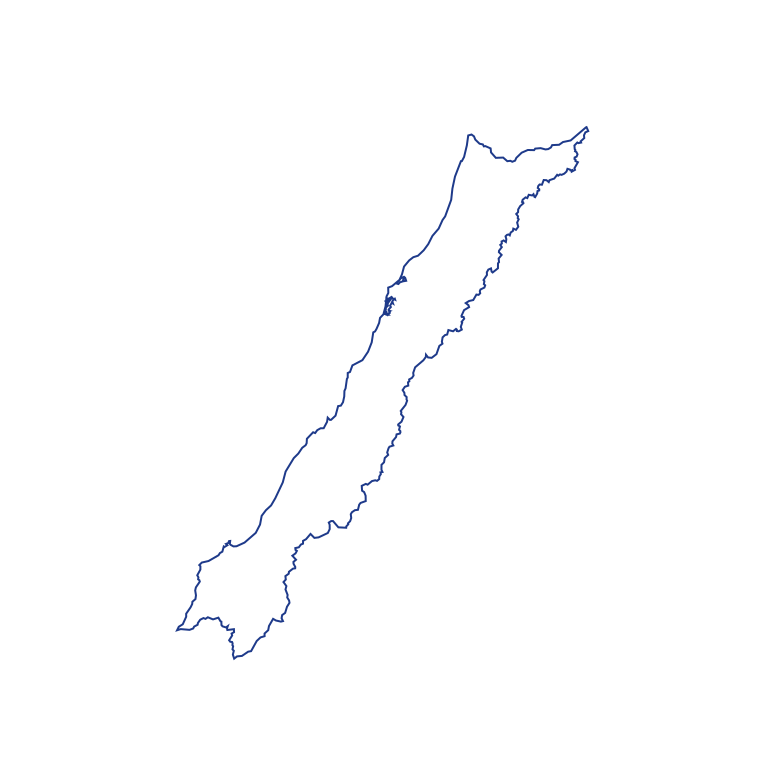 outline of Westland District, West Coast, New Zealand, rotated 338°
{"feature_id": "76426892B53697269366586", "entity_name": "Westland District", "entity_type": "district", "adm_level": 2, "iso_a3": "NZL", "parent_name": "New Zealand", "parent_adm1": "West Coast", "projection": "orthographic", "projection_center": [170.002, -43.529], "detail": "fine", "context": "isolated", "style": "outline", "palette": "blue", "viewbox_px": 768, "rotation_deg": 338, "n_neighbors": 0, "source": "geoboundaries", "source_scale": "gbopen_adm2", "svg_char_len": 6168}
<svg xmlns="http://www.w3.org/2000/svg" viewBox="0 0 768 768"><g transform="rotate(338 384 384)"><path d="M555.2,185.1L550.2,193.8L543.3,203.5L539.7,206.5L538.8,206.2L527.5,218.3L520.6,228.5L515.3,238.4L503.5,251.5L499.7,253.9L492.9,260.4L484.4,264.8L477.4,270.9L470.9,274.9L463.6,277.8L458.7,277.4L453.7,278.8L446.6,282.6L441.7,289.1L437.3,293.3L428.1,296.3L424.0,296.2L422.1,301.2L419.2,303.7L414.5,312.6L409.9,318.7L413.9,315.2L414.0,314.0L416.9,312.9L416.3,311.3L417.0,311.1L416.7,309.5L417.8,310.6L418.5,308.9L417.6,307.8L419.7,307.8L418.7,307.1L418.6,305.8L419.5,306.2L418.9,306.9L423.6,306.1L424.6,309.0L426.0,308.9L425.9,310.0L425.1,309.1L424.1,309.5L422.6,310.6L422.5,312.8L421.6,311.6L419.0,313.7L419.2,315.2L416.2,316.7L416.1,317.8L416.8,318.4L416.1,318.4L416.5,319.3L415.8,320.4L413.6,319.9L414.1,321.3L413.3,320.9L413.6,321.6L413.6,322.2L413.6,322.3L413.1,321.3L412.6,321.9L413.0,320.5L412.1,320.1L412.1,321.0L411.8,319.8L410.0,319.0L405.1,321.2L402.3,325.6L397.7,330.1L395.4,331.9L393.4,332.1L388.2,340.8L381.3,348.1L372.9,353.8L361.7,354.9L357.0,360.1L354.5,360.2L352.8,364.4L351.5,365.4L346.7,373.7L344.7,375.6L342.5,380.6L339.2,385.5L335.9,387.9L333.2,387.3L327.2,395.2L321.5,397.4L320.4,397.0L319.2,394.1L317.0,397.8L311.5,402.4L308.6,401.3L304.8,401.8L301.8,403.7L300.2,402.2L292.0,405.9L290.1,409.9L288.4,411.4L284.3,412.5L278.5,416.4L272.6,418.9L260.0,428.3L253.3,437.3L240.4,449.2L233.8,454.3L227.2,456.8L221.2,460.4L216.4,467.9L209.3,474.0L195.3,478.8L186.5,479.2L183.6,478.2L181.4,475.5L181.2,474.4L182.6,471.9L181.5,471.6L180.0,473.1L177.6,473.1L178.4,474.8L174.9,475.4L174.5,474.7L171.3,478.9L168.5,479.3L166.4,480.8L155.0,482.4L148.2,481.3L144.9,482.7L145.5,484.2L144.2,487.3L139.2,491.4L139.5,493.7L138.5,495.5L139.3,496.7L139.2,498.2L133.4,502.1L131.6,504.7L130.5,509.5L128.6,512.8L124.8,514.1L123.7,516.2L121.0,518.6L114.5,522.9L113.4,525.7L107.4,531.4L102.8,532.2L99.9,534.8L103.7,535.1L111.6,539.1L115.5,539.2L117.1,537.8L121.0,537.4L121.9,535.9L125.3,533.7L128.9,533.4L130.5,534.9L133.3,534.3L137.3,538.2L142.9,538.6L143.5,542.7L144.2,543.4L143.0,546.6L143.5,548.2L146.3,550.5L148.4,550.0L146.9,551.7L146.6,553.4L153.0,555.1L152.0,557.9L149.2,558.3L149.0,560.3L144.4,563.6L144.9,565.4L146.5,566.3L146.5,567.7L145.6,569.4L145.9,570.6L144.1,573.3L144.8,575.1L142.5,578.3L142.2,582.5L145.7,581.5L150.4,582.9L157.8,581.3L160.7,581.9L169.7,574.6L174.6,572.7L178.8,573.1L179.8,570.6L184.4,568.9L186.7,565.3L193.2,560.2L195.2,562.8L199.4,565.7L201.5,566.0L201.3,562.8L203.0,560.1L206.6,559.2L210.6,554.2L214.4,551.5L214.9,549.2L214.3,545.7L215.6,543.5L215.7,537.6L217.8,534.8L216.6,530.0L219.7,528.5L220.6,525.2L224.6,524.2L225.5,522.5L230.4,521.1L232.6,521.6L233.2,520.4L232.8,516.8L233.4,515.0L236.6,514.0L234.7,508.9L238.5,507.9L240.7,506.1L239.8,504.7L240.3,502.9L243.9,503.5L246.8,501.7L249.1,501.7L250.2,499.1L253.6,498.7L259.7,495.5L261.8,500.6L265.9,501.7L276.1,501.1L279.3,498.2L280.9,494.1L280.9,491.8L283.6,491.3L285.4,492.0L288.0,499.8L295.1,503.1L295.7,501.9L298.3,500.7L298.4,499.7L301.2,498.5L303.4,496.0L304.4,492.3L306.2,490.9L309.7,490.1L312.7,490.9L315.8,486.6L317.7,485.5L323.2,485.7L325.1,480.7L325.1,476.8L323.7,474.7L325.2,470.1L329.7,469.8L331.1,471.2L336.5,469.5L339.8,470.0L341.3,471.2L343.9,470.4L345.0,468.0L347.3,466.4L347.6,464.6L349.6,465.0L349.5,462.6L351.4,458.0L354.7,456.6L357.0,452.9L361.3,451.3L361.3,448.7L364.2,445.2L365.6,444.2L369.6,444.5L369.4,442.3L370.4,440.3L375.3,437.7L376.8,435.4L380.1,435.9L381.1,435.0L381.5,433.7L380.8,432.1L382.9,429.3L381.7,427.8L382.0,426.8L386.1,425.5L389.7,421.9L388.5,418.4L389.6,416.6L389.4,415.3L396.1,411.5L399.2,408.1L399.1,406.8L400.1,404.6L398.9,401.9L399.6,399.8L399.0,396.6L402.3,394.4L405.9,394.6L406.9,391.4L408.5,391.0L409.0,389.2L412.2,388.8L414.6,387.2L415.2,384.7L419.1,380.2L429.5,376.7L432.9,374.6L433.9,372.6L434.8,375.9L438.0,377.6L443.8,376.0L449.6,369.4L453.3,368.5L453.5,366.5L455.8,362.7L458.9,361.5L461.1,361.8L463.9,358.1L467.8,361.0L471.4,359.9L471.9,360.8L471.4,362.2L473.0,363.1L476.5,362.7L476.6,359.8L479.5,356.4L479.2,355.5L482.8,353.5L482.9,351.6L481.2,350.9L481.3,349.9L485.9,345.5L491.7,344.6L491.8,342.5L490.1,339.6L494.0,338.9L498.2,339.6L503.2,335.7L505.1,336.8L507.2,335.9L507.6,333.8L508.9,332.5L513.2,332.2L514.8,330.4L514.0,328.8L515.6,326.3L515.2,324.9L520.3,321.5L521.2,318.9L523.6,317.0L526.5,316.9L525.9,320.1L526.5,321.3L533.0,319.4L534.9,314.8L536.3,314.1L537.3,310.6L541.4,308.4L539.9,304.8L540.6,303.5L544.5,301.2L543.9,298.6L545.9,297.9L546.4,295.9L548.7,295.7L550.2,298.0L551.7,295.5L552.0,292.6L553.9,291.8L555.5,292.0L556.3,293.3L558.2,291.0L560.8,290.4L562.1,288.4L564.1,290.5L567.4,288.5L567.9,284.2L570.6,281.7L570.1,280.3L571.1,278.7L570.3,275.9L572.7,274.9L573.8,272.4L577.0,270.0L581.0,268.6L581.1,267.6L580.2,266.9L581.6,265.1L585.2,264.0L586.5,265.3L589.1,262.8L592.0,264.7L593.7,264.0L593.6,266.8L594.1,267.4L597.4,264.8L598.6,262.6L600.4,262.7L600.9,261.6L600.0,259.8L601.2,258.2L603.0,257.3L605.1,258.4L608.5,254.7L611.0,255.9L612.4,258.5L613.8,257.0L618.8,257.3L622.9,254.9L623.6,256.1L625.7,255.6L627.0,256.6L629.9,256.5L632.8,255.4L634.7,253.2L636.8,254.9L636.9,255.9L638.4,256.1L637.8,257.4L641.3,257.0L641.4,255.3L646.9,251.0L645.0,249.0L645.6,247.8L644.9,246.7L645.6,245.4L647.8,245.3L649.5,243.5L649.3,241.0L648.3,239.7L649.1,238.8L648.8,237.7L649.9,234.2L653.7,232.5L654.5,233.5L657.2,234.0L657.2,232.7L661.8,231.0L662.6,228.3L665.0,226.1L668.1,226.0L668.0,221.7L667.4,221.7L648.3,228.1L640.6,226.7L636.0,227.8L629.4,225.5L627.4,227.2L624.3,227.7L621.6,227.0L617.6,224.0L612.4,222.4L610.8,223.4L605.0,220.9L598.3,221.1L591.4,223.9L589.2,226.0L586.2,226.0L584.8,224.4L581.8,223.6L579.3,218.7L572.4,216.2L570.0,209.4L571.1,205.5L567.1,201.4L565.6,201.1L565.4,198.9L562.6,197.0L560.2,191.6L560.2,188.1L558.6,185.5L555.2,185.1ZM438.0,293.1L440.0,291.5L440.2,292.2L442.7,292.1L443.4,293.5L443.2,296.6L440.4,296.0L442.0,293.1L439.8,295.9L436.8,295.7L434.8,296.7L433.6,295.8L433.6,294.8L438.0,293.1ZM421.0,307.9L419.7,307.1L419.8,308.0L418.8,308.3L418.3,310.2L422.9,307.4L421.0,307.9ZM413.2,317.8L412.7,316.4L410.4,319.0L411.8,319.2L413.2,317.8Z" fill="none" stroke="#1e3a8a" stroke-width="2"/></g></svg>